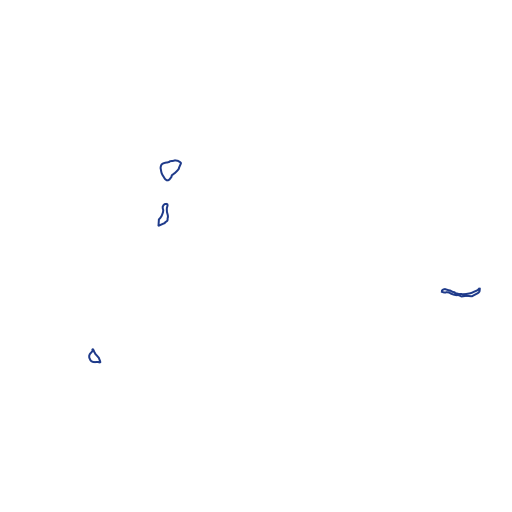 the district of Ulithi, Federated States of Micronesia, rotated 247°
{"feature_id": "79324940B95008512359217", "entity_name": "Ulithi", "entity_type": "district", "adm_level": 2, "iso_a3": "FSM", "parent_name": "Federated States of Micronesia", "parent_adm1": "", "projection": "natural_earth1", "projection_center": [139.729, 9.995], "detail": "fine", "context": "isolated", "style": "outline", "palette": "blue", "viewbox_px": 512, "rotation_deg": 247, "n_neighbors": 0, "source": "geoboundaries", "source_scale": "gbopen_adm2", "svg_char_len": 1924}
<svg xmlns="http://www.w3.org/2000/svg" viewBox="0 0 512 512"><g transform="rotate(247 256 256)"><path d="M373.6,202.4L370.5,201.7L368.9,201.5L366.9,201.6L365.3,201.9L363.8,202.1L362.6,202.3L361.5,202.8L360.4,203.6L360.0,205.0L360.3,206.3L361.8,209.0L363.0,209.9L363.4,210.6L363.5,211.5L364.0,213.2L364.1,213.9L364.4,214.6L365.1,216.4L365.7,217.7L366.5,219.1L367.3,219.6L370.5,223.0L371.0,223.2L371.9,222.9L374.1,221.3L375.7,218.8L375.8,217.7L376.1,216.2L376.4,215.5L376.8,213.7L376.7,213.2L376.5,212.9L376.8,210.6L377.1,210.0L377.4,208.1L377.5,206.5L377.2,205.0L376.5,204.1L375.4,203.2L374.2,202.5L373.6,202.4ZM322.2,178.2L321.9,178.4L322.0,183.9L321.9,184.7L322.5,185.6L322.9,187.5L323.2,188.2L323.8,188.7L325.3,189.4L326.3,190.2L327.8,190.7L329.0,190.9L331.2,191.2L333.5,192.0L335.0,192.7L337.0,194.3L338.1,194.6L338.8,194.2L339.4,192.5L339.3,191.7L338.8,190.5L337.7,189.3L336.3,188.8L334.3,188.5L332.5,187.4L330.9,185.9L329.8,184.8L328.5,182.9L327.6,180.9L322.2,178.2ZM151.5,413.7L150.4,413.1L149.2,414.5L148.4,415.9L148.2,417.4L146.8,419.6L145.0,420.9L143.2,422.9L141.6,425.2L141.6,425.6L140.6,427.5L138.5,429.3L138.3,429.8L137.5,432.9L136.2,436.0L135.5,437.2L134.9,438.3L134.5,439.5L134.7,440.2L135.1,445.5L135.4,446.7L136.0,447.8L137.4,448.7L138.5,449.2L138.8,448.7L138.0,446.8L137.9,445.4L137.9,442.8L137.8,440.2L138.0,438.5L139.0,434.2L140.1,431.1L140.8,430.2L141.8,427.6L142.4,427.1L143.9,424.9L145.0,424.6L146.2,422.9L148.3,421.3L149.3,419.8L151.7,417.0L151.9,416.1L151.9,414.6L151.5,413.7ZM219.1,70.8L219.1,71.1L219.6,71.3L220.1,71.4L223.9,71.5L224.3,71.3L225.9,70.8L228.8,69.8L230.0,69.8L230.8,69.6L231.5,69.6L232.3,69.7L233.7,69.5L233.9,69.2L233.8,68.9L232.6,68.7L232.0,67.5L231.5,66.6L231.1,65.6L230.6,64.7L229.5,63.6L228.2,63.0L227.4,62.8L224.7,62.9L223.6,63.3L222.5,64.2L221.9,65.0L221.2,66.4L220.6,68.2L220.0,69.5L219.7,69.9L219.3,70.1L219.1,70.8Z" fill="none" stroke="#1e3a8a" stroke-width="2"/></g></svg>